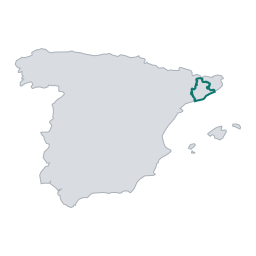 location of Barcelona within Spain
{"feature_id": "ESP-5809", "entity_name": "Barcelona", "entity_type": "Autonomous Community", "adm_level": 1, "iso_a3": "ESP", "parent_name": "Spain", "parent_adm1": "", "projection": "robinson", "projection_center": [1.935, 41.755], "detail": "fine", "context": "in_parent", "style": "outline", "palette": "teal", "viewbox_px": 256, "rotation_deg": 0, "n_neighbors": 0, "source": "natural_earth", "source_scale": "10m", "svg_char_len": 5491}
<svg xmlns="http://www.w3.org/2000/svg" viewBox="0 0 256 256"><path d="M138.9,55.8L138.9,56.5L140.2,57.8L144.1,58.6L145.1,59.2L144.9,61.1L143.9,62.7L144.8,63.4L145.7,63.4L146.9,62.1L147.2,62.9L149.0,63.7L153.0,65.2L155.8,65.4L158.7,68.2L163.4,67.7L167.7,70.5L171.7,69.9L172.6,70.4L178.9,70.5L179.2,68.2L180.0,67.3L190.8,70.5L192.1,72.4L191.9,73.4L192.4,75.6L193.8,75.6L196.7,74.3L200.4,75.9L201.4,77.3L202.1,77.4L204.9,76.0L212.4,77.6L212.7,76.5L213.3,76.2L216.4,75.3L217.7,75.0L221.7,75.8L222.2,77.1L223.0,77.6L223.3,78.7L221.0,79.3L220.8,81.3L222.2,82.9L222.4,85.7L218.4,89.4L206.8,95.5L203.0,99.2L194.3,101.1L185.4,103.8L180.0,108.7L181.4,109.1L183.0,110.7L182.5,111.5L180.1,112.6L178.0,112.9L174.1,119.0L168.6,125.2L166.6,128.1L162.3,135.4L162.3,137.6L164.3,144.9L165.5,146.8L167.2,148.4L170.4,149.8L171.1,151.1L170.0,152.4L166.8,154.7L161.2,157.8L158.8,160.2L158.3,162.6L156.6,163.7L156.0,167.0L153.7,171.5L153.5,172.7L155.3,174.4L153.5,175.4L144.9,175.8L139.5,179.4L136.8,182.6L134.3,188.5L131.3,192.0L130.0,192.7L128.0,191.1L125.5,190.9L123.0,191.4L121.7,192.6L119.7,193.3L117.8,192.7L113.6,192.4L111.7,192.5L108.7,193.5L106.2,192.8L102.0,192.5L92.7,193.2L91.5,193.6L87.4,197.6L82.9,197.7L78.8,199.3L76.0,203.2L75.4,205.3L74.6,204.8L74.0,205.0L73.6,206.5L70.8,207.5L67.7,206.2L65.1,204.3L63.8,204.2L61.6,201.2L60.7,199.3L60.1,197.2L60.1,195.7L58.2,194.9L57.7,193.0L59.2,190.6L61.2,189.2L59.4,189.3L58.1,190.9L56.5,188.4L50.0,183.4L50.4,181.7L49.2,183.0L48.4,183.3L45.0,183.1L41.1,183.7L39.7,175.3L40.8,172.4L45.4,166.7L48.2,165.9L49.4,162.9L46.9,163.1L43.1,157.4L44.3,152.0L48.4,148.1L49.1,146.5L49.3,145.0L48.6,143.9L46.4,143.4L44.3,139.2L43.9,136.6L42.1,135.1L40.7,132.5L42.1,132.1L47.7,132.1L49.1,131.4L50.2,129.7L51.4,126.8L51.7,125.1L49.6,122.6L49.5,122.1L49.9,121.3L53.4,118.5L52.8,116.5L53.5,112.1L53.3,109.6L53.1,107.5L52.0,104.9L52.8,103.8L54.6,102.9L56.1,100.7L58.3,98.8L61.1,97.4L64.4,94.2L63.9,92.7L62.9,91.9L59.0,91.3L58.7,90.6L58.9,87.2L57.9,85.8L56.5,85.9L54.4,85.3L53.8,85.7L51.1,85.6L49.1,85.0L48.3,85.5L48.0,86.7L44.7,88.0L42.9,87.9L39.9,86.9L36.5,87.2L36.1,87.0L33.2,88.4L32.2,88.4L31.1,86.7L32.8,84.2L31.5,81.9L30.6,81.8L25.2,83.5L21.9,85.8L20.7,86.1L20.2,85.7L20.3,82.4L23.7,79.0L21.6,78.8L21.8,77.7L23.2,76.2L21.9,75.0L22.0,71.5L19.1,72.6L18.3,72.4L18.4,71.0L20.3,68.2L18.4,67.9L17.0,66.9L15.4,64.6L15.4,63.4L16.5,60.6L19.1,59.2L21.7,57.3L25.1,57.6L30.3,56.0L32.1,55.1L32.1,54.0L31.6,53.1L32.1,52.3L36.4,49.9L38.9,49.7L41.5,48.5L43.2,49.2L44.7,49.0L46.4,49.9L48.6,52.0L51.9,52.8L54.6,52.1L68.1,51.9L72.0,50.9L75.0,52.2L80.7,52.8L84.2,53.9L93.7,55.6L97.2,55.6L104.3,53.9L106.1,54.3L109.0,53.5L110.3,53.7L112.0,54.9L118.1,56.5L119.8,55.1L121.0,54.8L125.4,55.7L129.8,57.4L132.2,57.5L135.6,57.1L138.9,55.8ZM220.9,129.9L222.5,130.5L224.3,129.9L225.2,130.1L226.1,130.5L226.3,131.8L222.6,138.2L219.8,139.9L216.8,138.6L215.1,138.2L214.6,137.7L214.2,135.6L213.4,135.0L212.3,134.7L210.1,136.3L209.4,135.2L208.3,135.0L207.9,134.4L207.9,133.5L214.8,128.5L216.9,127.4L221.1,126.1L221.8,126.3L221.2,127.1L221.8,127.8L220.9,129.9ZM240.6,127.2L240.0,129.0L234.8,126.6L233.1,126.4L232.7,126.0L232.8,124.2L236.3,124.0L239.1,124.9L240.6,127.2ZM192.2,147.8L191.6,149.1L189.0,148.7L188.5,148.1L189.0,146.7L189.8,146.5L189.8,145.5L190.6,144.5L194.2,143.7L195.1,144.4L195.2,145.4L193.1,147.6L192.2,147.8ZM194.7,152.9L194.3,153.2L191.5,152.9L191.5,152.1L192.1,150.9L193.1,152.1L194.7,152.3L194.7,152.9Z" fill="#d9dde1" stroke="#a8b0b8" stroke-width="1"/><path d="M214.6,91.8L212.5,92.7L209.1,94.1L208.8,94.4L207.8,95.0L206.6,95.5L206.1,95.9L205.6,96.4L204.8,97.8L204.3,98.4L203.8,98.8L202.6,99.4L201.9,99.6L200.8,99.7L199.7,100.0L199.3,100.2L199.2,100.2L198.6,100.2L195.3,101.1L195.4,100.6L195.2,100.4L194.6,100.4L194.5,100.0L195.0,99.8L195.1,99.6L195.1,99.3L195.1,99.2L194.7,98.9L194.3,98.2L194.3,97.7L194.2,97.6L193.9,97.2L193.0,96.7L192.8,96.3L192.9,95.8L193.0,95.3L192.6,95.0L191.7,94.7L191.5,94.4L192.0,93.8L192.2,93.5L192.1,93.3L191.9,93.3L191.5,93.3L191.7,93.0L191.4,92.8L191.1,92.7L191.1,92.4L191.4,92.2L192.2,92.0L192.2,91.9L191.7,90.6L191.7,89.0L191.8,88.9L191.9,88.7L192.1,88.7L192.3,88.6L192.5,88.7L192.8,89.1L193.0,89.2L193.4,89.1L193.6,89.1L194.0,89.4L194.3,89.3L195.4,88.1L195.5,87.9L195.5,87.7L195.2,87.0L195.2,86.7L195.6,86.0L195.7,85.5L195.7,85.4L195.8,85.2L196.0,85.2L196.5,85.2L196.8,85.0L196.9,84.8L196.8,84.7L196.7,84.5L196.1,84.6L195.9,84.5L195.9,84.4L195.9,84.2L196.3,83.9L196.4,83.7L196.5,83.5L196.5,83.3L196.4,83.0L196.4,82.9L196.5,82.8L196.7,82.7L196.8,82.6L196.9,82.4L196.7,81.9L196.7,81.7L196.8,81.6L197.1,81.4L197.2,81.1L197.2,80.8L197.1,80.7L196.6,80.5L196.5,80.4L196.4,80.2L196.3,79.5L196.3,79.3L196.4,79.2L196.9,78.7L199.0,78.3L200.2,78.1L200.6,78.2L201.1,78.6L201.4,78.6L201.9,78.5L202.1,78.5L202.3,78.6L202.4,78.8L202.4,79.0L202.1,79.4L202.0,79.9L202.0,80.0L202.4,80.4L202.4,80.6L202.5,80.8L202.5,81.5L202.7,81.8L202.8,81.8L203.1,81.8L203.7,82.1L203.8,82.1L204.2,82.0L205.0,82.0L205.1,81.9L205.3,81.8L205.4,81.7L206.3,81.7L206.4,81.8L206.5,82.1L206.7,82.3L207.0,82.3L207.7,82.1L208.4,82.9L208.6,83.1L209.2,83.1L209.6,83.3L209.8,83.6L210.0,84.1L209.9,84.5L209.8,84.8L208.9,85.6L209.0,85.9L209.1,86.0L209.3,86.2L209.3,86.4L209.0,86.9L208.7,86.9L208.2,87.2L207.2,86.9L207.0,87.1L206.9,87.4L206.9,87.7L207.1,88.2L207.4,88.5L207.7,88.7L207.8,88.7L208.2,88.6L208.9,88.6L210.7,90.3L212.2,90.1L212.7,89.8L213.0,89.7L213.3,89.7L214.1,90.0L214.4,90.3L214.5,90.7L214.5,90.8L214.3,91.0L214.3,91.3L214.6,91.8Z" fill="none" stroke="#0f766e" stroke-width="2"/></svg>